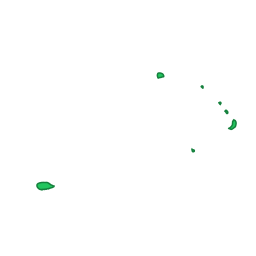 outline of Sapwuafik, Federated States of Micronesia, rotated 342°
{"feature_id": "79324940B43236606250005", "entity_name": "Sapwuafik", "entity_type": "district", "adm_level": 2, "iso_a3": "FSM", "parent_name": "Federated States of Micronesia", "parent_adm1": "", "projection": "mercator", "projection_center": [157.28, 5.815], "detail": "fine", "context": "isolated", "style": "filled", "palette": "green", "viewbox_px": 256, "rotation_deg": 342, "n_neighbors": 0, "source": "geoboundaries", "source_scale": "gbopen_adm2", "svg_char_len": 2582}
<svg xmlns="http://www.w3.org/2000/svg" viewBox="0 0 256 256"><g transform="rotate(342 128 128)"><path d="M28.8,153.1L26.7,152.9L26.2,153.0L25.6,153.0L25.4,153.0L25.2,153.1L24.5,153.4L24.3,153.5L23.8,154.1L23.5,155.1L23.5,156.0L23.7,156.7L24.2,157.9L24.9,158.8L25.5,159.3L26.3,159.6L27.0,159.8L26.9,160.0L27.1,160.0L27.3,159.9L27.6,159.9L27.7,160.2L27.9,160.1L29.5,160.4L29.5,160.6L29.8,160.7L30.8,160.7L31.3,161.0L31.6,161.0L31.7,160.8L33.7,161.1L33.7,161.3L34.0,161.3L34.2,161.1L35.6,161.1L37.5,161.2L39.3,160.9L39.7,160.5L39.7,160.3L39.4,160.3L39.0,159.9L38.3,159.2L37.9,158.9L37.3,158.4L36.5,157.4L36.5,157.2L35.7,156.4L35.8,156.3L35.7,156.1L35.3,155.8L34.9,155.3L34.6,155.1L34.2,154.8L33.4,154.5L32.9,154.4L31.5,153.9L30.3,153.5L28.8,153.1ZM230.9,159.4L231.7,158.1L232.3,156.8L232.5,155.7L232.4,154.6L232.1,153.9L231.4,153.5L231.4,153.4L231.4,153.2L231.2,152.9L230.6,153.2L230.5,153.3L230.9,153.5L230.3,153.7L229.7,154.1L229.4,154.4L229.2,155.1L228.7,156.2L228.4,157.0L227.6,157.9L226.3,158.7L225.1,159.3L224.8,159.3L224.4,159.5L223.9,159.4L223.7,159.6L224.0,159.9L225.0,160.6L225.6,161.2L226.5,161.2L226.8,161.2L230.4,160.0L230.9,159.4ZM178.0,89.9L178.1,89.2L177.9,88.0L177.7,87.4L176.9,86.5L175.7,85.7L174.4,85.2L173.3,85.3L172.7,86.0L172.2,86.9L172.0,88.1L172.0,88.9L172.0,89.6L172.4,89.9L172.8,89.8L173.5,89.8L175.0,90.1L176.0,90.0L177.3,90.2L177.7,90.2L178.0,89.9ZM227.2,144.8L227.4,144.7L227.6,144.4L227.7,144.2L227.7,143.8L227.8,143.5L227.8,143.2L227.6,142.7L227.4,142.4L227.2,141.8L227.0,141.6L226.7,141.4L226.2,141.4L225.9,141.6L225.5,141.9L225.4,142.1L225.7,142.4L225.9,142.8L226.0,143.0L226.0,143.6L226.2,144.1L226.3,144.3L226.5,144.8L226.8,144.9L227.0,144.8L227.2,144.8ZM183.3,170.8L183.7,170.7L184.0,170.3L184.1,169.9L184.1,169.7L184.0,169.4L183.6,169.1L183.3,168.9L182.8,168.6L182.4,168.2L182.3,167.9L182.2,168.0L182.2,168.3L182.3,168.5L182.2,168.8L182.0,169.3L182.0,169.8L182.1,170.3L182.3,170.6L182.7,170.8L183.3,170.8ZM224.0,132.2L223.8,132.1L223.6,131.9L223.4,131.9L223.1,131.9L222.8,132.1L222.5,132.0L222.3,132.0L222.2,132.1L222.3,132.4L222.5,132.5L222.5,132.8L222.6,133.1L222.7,133.5L222.8,133.7L222.9,133.9L222.9,134.0L223.0,134.1L223.3,133.7L223.6,133.6L223.7,133.4L223.8,133.2L224.0,133.2L224.1,132.9L224.1,132.6L224.1,132.4L224.0,132.2ZM211.5,113.2L211.8,112.8L212.0,112.3L212.1,112.2L212.1,111.8L212.1,111.5L212.0,111.2L211.7,111.0L211.6,110.9L211.3,110.8L211.2,110.9L210.8,111.1L210.5,111.1L210.4,111.2L210.4,111.4L210.5,111.6L210.8,112.0L210.9,112.3L211.2,112.9L211.3,113.1L211.5,113.2Z" fill="#22c55e" stroke="#15803d" stroke-width="1.5"/></g></svg>